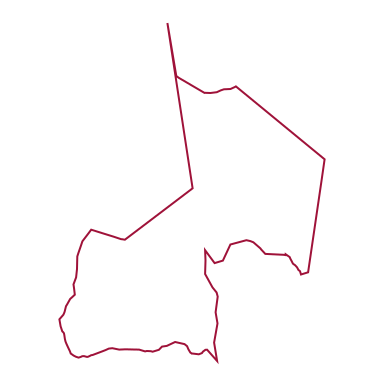 the district of San Juan Coatzóspam, Oaxaca, Mexico
{"feature_id": "50627088B11377983715698", "entity_name": "San Juan Coatzóspam", "entity_type": "district", "adm_level": 2, "iso_a3": "MEX", "parent_name": "Mexico", "parent_adm1": "Oaxaca", "projection": "equal_earth", "projection_center": [-96.749, 18.072], "detail": "fine", "context": "isolated", "style": "outline", "palette": "rose", "viewbox_px": 384, "rotation_deg": 0, "n_neighbors": 0, "source": "geoboundaries", "source_scale": "gbopen_adm2", "svg_char_len": 1692}
<svg xmlns="http://www.w3.org/2000/svg" viewBox="0 0 384 384"><path d="M192.6,188.3L124.9,239.7L121.9,239.2L121.2,239.2L113.7,236.7L102.4,233.2L91.2,229.7L88.9,232.8L82.4,241.3L81.0,245.5L78.3,253.3L77.3,256.4L77.2,260.3L77.0,269.1L76.1,277.4L74.9,280.6L73.5,284.4L74.1,288.7L74.8,294.7L71.8,297.5L70.2,298.9L67.5,303.7L67.0,304.6L66.0,306.2L64.6,311.8L64.1,313.1L63.4,314.7L60.8,317.7L59.4,319.3L59.8,321.7L60.0,322.8L60.6,326.3L62.3,331.4L62.6,331.6L63.6,332.7L64.0,333.5L64.3,335.0L64.9,339.0L65.5,341.5L66.3,343.5L67.2,345.5L68.5,348.3L69.8,351.0L70.6,353.1L70.7,353.5L72.0,354.4L73.5,355.5L75.8,356.7L78.5,357.6L79.6,357.3L80.8,356.9L82.0,356.3L83.0,356.1L84.0,356.1L85.8,356.6L86.9,356.9L87.6,356.9L88.6,356.5L90.1,355.8L91.2,355.2L92.6,355.0L101.9,351.5L105.5,350.1L108.8,348.6L112.3,348.2L119.2,349.6L125.5,349.3L133.3,349.5L139.1,349.6L145.1,351.4L146.8,351.0L150.9,351.2L152.6,351.7L158.9,349.8L162.0,346.6L166.8,345.9L175.1,342.0L184.5,344.1L187.1,346.2L188.4,349.3L190.3,352.5L191.9,353.6L192.2,353.5L198.8,354.3L201.9,353.1L203.0,351.6L205.4,349.8L207.1,349.7L217.1,361.0L214.1,342.6L217.5,323.4L215.6,312.3L217.7,296.6L216.6,292.5L212.5,287.4L205.1,274.0L205.5,260.4L205.1,250.2L214.6,263.1L222.9,260.6L230.4,244.5L246.4,240.2L250.4,241.1L253.4,242.3L260.4,248.4L261.2,249.5L265.3,253.9L283.7,254.8L285.5,255.1L285.6,254.2L289.7,257.1L290.3,258.6L291.7,261.2L292.9,263.6L294.2,264.6L295.1,265.2L297.1,267.4L298.4,269.9L300.0,271.2L301.0,274.5L308.1,272.3L321.7,179.5L324.6,159.3L235.9,86.4L235.1,86.9L230.5,89.0L223.9,89.3L220.7,90.4L216.8,92.2L210.4,93.0L204.8,92.8L204.5,92.9L178.9,77.9L176.3,76.0L167.4,23.0L192.6,188.3Z" fill="none" stroke="#9f1239" stroke-width="2"/></svg>